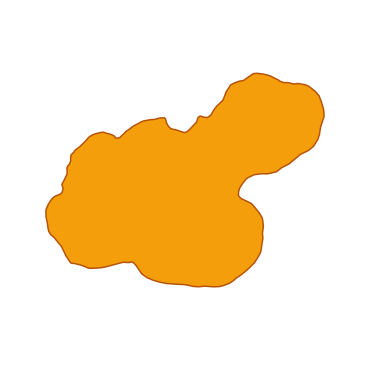 Kartala, Andjazîdja, Comoros (Natural Earth projection), rotated 75°
{"feature_id": "10938185B58200193875213", "entity_name": "Kartala", "entity_type": "district", "adm_level": 2, "iso_a3": "COM", "parent_name": "Comoros", "parent_adm1": "Andjazîdja", "projection": "natural_earth1", "projection_center": [43.364, -11.764], "detail": "fine", "context": "isolated", "style": "filled", "palette": "amber", "viewbox_px": 384, "rotation_deg": 75, "n_neighbors": 0, "source": "geoboundaries", "source_scale": "gbopen_adm2", "svg_char_len": 2375}
<svg xmlns="http://www.w3.org/2000/svg" viewBox="0 0 384 384"><g transform="rotate(75 192 192)"><path d="M167.1,334.4L171.3,337.6L177.9,339.4L184.8,339.8L190.4,340.5L193.2,340.5L196.8,339.4L200.4,336.9L206.6,334.2L210.4,332.4L214.6,331.4L221.0,330.3L226.4,328.5L228.8,327.6L229.6,326.9L230.8,323.7L233.8,318.3L236.6,314.4L238.4,312.2L239.6,309.4L240.6,304.7L241.6,299.5L242.0,294.5L242.0,286.1L242.0,277.7L242.4,275.4L243.0,273.9L243.8,271.1L243.9,268.4L244.7,267.1L248.1,265.2L251.8,263.9L258.0,261.8L263.2,257.5L267.2,252.3L270.8,246.4L273.9,239.9L275.5,235.3L277.1,230.8L278.9,225.1L279.5,223.3L281.1,219.7L283.5,215.4L285.3,209.9L285.9,206.3L286.3,204.0L289.1,195.9L290.5,189.8L290.5,186.1L290.1,181.8L289.9,179.6L288.7,175.9L286.4,171.0L284.8,166.2L282.8,161.7L280.6,157.1L276.6,150.1L272.0,145.1L267.7,141.1L262.9,139.0L255.3,135.6L249.7,134.5L243.9,132.0L238.5,131.1L235.1,130.9L229.5,132.5L223.8,135.0L218.6,137.5L214.8,141.8L211.0,146.3L207.4,148.1L204.0,147.0L200.6,145.0L197.6,141.8L193.6,136.6L192.6,134.1L191.4,127.5L192.2,120.9L194.1,113.7L194.3,105.1L191.7,99.0L189.9,90.8L187.7,86.1L183.7,77.4L182.0,68.6L179.2,62.7L174.0,57.1L169.6,54.1L162.6,51.0L156.9,47.3L153.1,44.8L147.7,43.7L143.9,43.5L138.3,43.7L131.9,44.4L126.7,46.9L122.1,50.3L119.1,52.8L117.3,55.7L114.5,61.9L114.1,65.5L111.1,71.1L110.1,75.0L108.1,78.0L105.9,79.8L103.5,82.7L100.3,86.1L98.3,89.3L96.5,92.7L94.3,98.1L93.5,102.0L95.9,108.8L97.6,113.3L97.2,118.5L97.8,123.7L98.6,127.1L100.8,129.4L104.0,133.0L109.0,136.6L111.4,138.4L113.4,142.1L115.6,146.1L118.7,150.0L122.5,153.8L124.1,157.7L122.9,160.9L120.7,164.5L121.7,167.0L125.7,169.5L128.5,174.2L131.4,178.8L132.6,181.7L132.6,184.2L130.2,187.8L127.6,191.7L125.8,195.5L123.4,197.4L119.8,198.5L118.0,198.7L114.4,198.7L113.1,199.6L112.2,203.7L112.2,209.4L111.4,213.2L110.8,220.7L111.4,224.1L112.4,228.2L113.2,231.6L115.0,236.1L116.4,240.0L118.0,242.7L119.2,244.9L120.7,247.7L120.7,249.7L120.1,252.0L118.3,252.2L116.3,254.2L114.7,256.5L113.3,259.0L111.1,262.4L110.9,265.6L110.7,270.3L111.3,274.4L112.5,277.8L113.9,279.8L115.9,282.8L118.9,288.2L121.5,294.3L123.0,295.9L124.8,299.1L127.8,300.5L130.2,300.9L133.4,303.2L134.6,305.2L136.4,306.6L140.8,307.5L143.0,308.6L147.0,312.0L151.1,315.8L153.3,315.6L155.9,315.8L159.1,317.9L160.1,320.4L160.5,324.9L161.9,328.3L163.9,331.0L167.1,334.4Z" fill="#f59e0b" stroke="#b45309" stroke-width="1.5"/></g></svg>